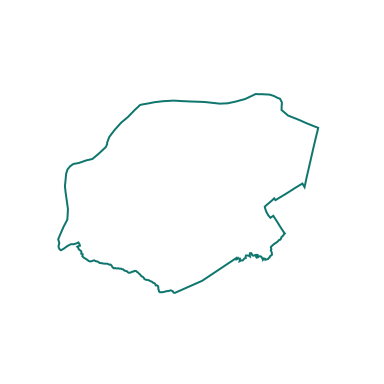 the district of Capital, Corrientes, Argentina, rotated 48°
{"feature_id": "61730980B72419299069197", "entity_name": "Capital", "entity_type": "district", "adm_level": 2, "iso_a3": "ARG", "parent_name": "Argentina", "parent_adm1": "Corrientes", "projection": "mercator", "projection_center": [-58.741, -27.521], "detail": "fine", "context": "isolated", "style": "outline", "palette": "teal", "viewbox_px": 384, "rotation_deg": 48, "n_neighbors": 0, "source": "geoboundaries", "source_scale": "gbopen_adm2", "svg_char_len": 4091}
<svg xmlns="http://www.w3.org/2000/svg" viewBox="0 0 384 384"><g transform="rotate(48 192 192)"><path d="M291.3,182.8L291.3,182.6L291.7,182.1L292.1,181.6L292.7,180.3L292.4,179.2L292.6,178.1L292.0,177.2L291.9,176.2L292.3,175.3L291.8,174.2L290.9,173.6L289.8,173.0L288.9,172.7L288.1,172.5L287.7,171.4L286.8,170.9L285.7,170.3L285.6,169.2L285.6,168.9L285.5,167.4L285.6,165.6L285.8,164.3L286.0,163.4L286.1,162.2L286.1,160.7L285.9,159.3L286.5,158.3L286.3,157.4L286.1,157.0L286.0,156.7L285.9,156.6L285.5,156.0L285.4,155.2L285.4,153.9L285.2,152.6L284.7,151.7L284.7,151.4L284.9,150.8L282.8,150.6L276.9,149.7L272.0,148.8L264.1,147.5L263.6,151.0L260.4,150.9L259.1,150.6L257.0,150.2L254.2,149.1L251.6,147.8L251.6,144.5L251.8,137.8L251.7,135.2L253.9,135.4L256.6,121.1L258.1,111.9L259.6,104.3L263.7,105.1L257.9,97.1L250.4,86.4L239.5,70.9L232.2,60.3L231.5,59.1L230.7,58.1L228.8,55.3L227.7,55.8L224.8,57.3L218.9,60.2L217.5,60.9L210.9,63.8L208.8,64.8L199.4,69.5L198.1,69.6L191.0,70.6L189.1,68.8L185.5,65.2L181.5,64.2L179.6,65.3L178.0,65.9L175.4,66.9L171.8,69.0L171.6,69.1L171.2,69.5L166.3,74.4L163.2,77.8L162.6,78.3L161.8,79.1L158.5,90.2L157.2,92.8L156.6,93.9L154.1,98.9L150.0,106.1L149.0,107.3L147.4,109.2L144.9,112.3L141.5,115.3L134.0,122.0L131.4,124.6L123.5,132.8L120.1,136.2L117.8,138.6L114.0,142.3L111.8,144.5L105.2,152.7L100.1,159.9L98.1,163.3L95.3,167.8L94.7,168.7L93.0,171.5L92.5,173.1L92.7,174.6L92.7,177.7L92.7,179.2L93.3,188.0L93.4,189.3L93.2,195.0L93.1,197.2L93.1,198.8L93.4,201.4L94.1,208.0L95.3,214.4L95.8,216.7L96.9,218.9L98.5,222.0L99.6,223.0L100.0,224.0L100.9,225.8L101.0,228.2L101.0,228.7L101.1,236.3L100.8,243.9L99.3,246.7L97.9,249.1L94.8,256.5L94.4,257.2L94.0,257.9L93.2,259.2L91.9,261.1L91.6,262.6L91.4,264.9L91.3,265.6L91.6,267.1L91.9,269.3L93.6,272.3L94.0,273.0L95.7,274.9L96.3,275.6L98.0,277.4L100.8,280.5L102.6,282.5L108.0,286.4L108.2,286.5L117.2,292.6L121.5,295.5L123.7,297.6L127.9,301.9L128.9,302.9L129.6,304.4L131.9,310.7L134.7,316.9L137.6,323.1L138.5,323.5L139.5,324.0L140.9,324.6L141.8,325.7L142.6,327.0L142.9,327.3L143.3,327.7L144.6,328.4L146.0,328.7L147.6,328.4L147.9,327.0L148.3,325.5L148.4,324.4L148.5,322.9L148.7,321.8L148.7,320.6L149.2,319.2L149.5,317.7L150.3,316.2L151.2,315.4L151.9,314.3L152.7,312.6L153.2,311.4L153.4,310.2L155.1,310.4L156.9,311.2L156.1,312.7L155.9,313.9L157.3,313.8L158.8,314.5L160.4,314.2L161.6,314.0L162.8,314.4L163.7,315.6L165.1,314.9L165.7,315.5L166.2,316.4L167.6,316.5L169.4,316.1L171.0,315.5L172.7,315.2L174.2,314.9L175.5,314.1L176.3,312.9L176.7,311.6L177.5,310.3L178.5,310.1L179.6,309.5L180.2,308.8L181.4,308.4L182.8,308.2L183.7,307.5L185.0,306.3L186.1,305.6L187.3,304.3L188.3,303.2L189.5,302.5L190.8,302.0L191.4,301.1L192.3,301.0L193.3,301.1L194.2,301.3L195.3,301.4L196.5,301.1L197.0,300.1L198.3,299.3L199.3,297.9L200.5,297.2L201.4,296.1L202.5,295.7L203.5,294.9L205.1,294.8L206.2,294.2L207.6,293.3L208.6,293.4L209.6,293.1L210.5,292.1L210.6,291.8L210.9,291.1L211.2,289.8L212.0,288.7L212.0,287.7L212.3,287.4L212.9,286.8L213.3,286.5L213.4,286.4L214.9,286.3L215.0,286.3L215.5,286.1L215.9,286.0L217.0,286.0L217.9,285.9L218.9,285.8L219.8,285.9L221.1,285.8L222.2,285.3L223.7,285.3L224.6,285.6L225.7,285.3L226.7,284.7L227.4,284.0L229.0,283.0L230.1,282.7L231.1,282.2L232.2,281.7L233.3,281.7L234.7,280.9L236.0,281.0L237.2,281.4L237.5,281.0L237.8,280.6L238.8,280.2L240.2,280.7L241.5,281.9L242.8,282.4L243.8,283.0L245.0,282.9L246.1,281.7L246.9,280.7L247.6,279.5L248.0,278.6L248.7,277.2L249.6,276.1L250.4,274.6L250.8,273.7L251.6,273.2L253.0,272.7L254.3,273.0L254.6,272.9L255.1,272.6L255.5,272.2L264.8,243.8L270.7,203.4L271.8,204.1L272.1,203.0L271.8,201.9L272.6,201.9L273.6,201.0L274.4,201.9L275.3,203.0L275.7,201.3L276.8,200.1L276.6,199.0L276.5,197.5L277.0,196.2L276.1,195.7L275.3,194.4L276.1,193.4L277.2,192.5L278.7,192.1L277.7,191.4L276.3,190.0L277.1,188.9L278.2,189.1L279.5,189.6L280.5,188.9L280.9,187.8L281.7,186.2L282.6,185.5L283.0,186.4L282.9,187.6L284.0,187.9L284.7,186.5L284.4,185.4L285.3,184.4L286.1,183.9L287.1,183.9L288.7,184.2L289.8,184.7L289.4,183.1L290.5,182.4L290.7,182.5L291.3,182.8Z" fill="none" stroke="#0f766e" stroke-width="2"/></g></svg>